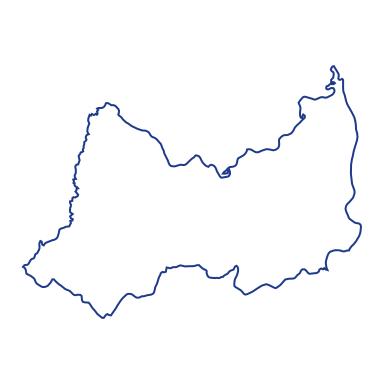 São Romão, Minas Gerais, Brazil (Robinson projection)
{"feature_id": "56859067B60763399870465", "entity_name": "São Romão", "entity_type": "district", "adm_level": 2, "iso_a3": "BRA", "parent_name": "Brazil", "parent_adm1": "Minas Gerais", "projection": "robinson", "projection_center": [-45.402, -16.354], "detail": "fine", "context": "isolated", "style": "outline", "palette": "blue", "viewbox_px": 384, "rotation_deg": 0, "n_neighbors": 0, "source": "geoboundaries", "source_scale": "gbopen_adm2", "svg_char_len": 5933}
<svg xmlns="http://www.w3.org/2000/svg" viewBox="0 0 384 384"><path d="M342.1,78.9L340.6,79.7L339.3,79.8L338.3,78.6L338.8,75.3L338.4,73.6L333.8,66.1L332.4,66.6L331.6,67.7L330.8,69.5L331.7,71.1L333.5,72.4L333.7,74.6L333.2,77.8L332.1,78.8L331.2,79.9L331.1,82.0L333.9,82.2L334.9,83.2L333.5,84.2L330.6,83.9L329.4,84.7L328.3,85.8L326.6,86.3L326.1,88.2L327.0,89.3L328.3,89.4L331.6,87.9L333.6,88.3L334.5,90.2L334.3,92.0L333.3,93.7L332.2,94.8L327.2,97.4L325.6,97.7L322.0,97.1L320.4,97.4L315.7,99.5L314.1,99.5L312.0,98.7L305.1,96.7L303.5,96.9L302.5,97.7L300.0,100.6L298.6,102.8L299.3,104.5L300.1,106.1L300.5,108.4L300.0,112.5L300.0,114.0L300.2,116.0L300.8,117.7L302.2,118.0L302.4,116.2L303.2,114.5L304.9,115.9L304.6,117.9L301.8,120.5L300.0,122.5L296.8,125.4L294.9,127.5L293.3,130.8L291.4,133.2L288.2,134.8L286.2,135.1L284.3,135.1L282.3,136.0L280.7,137.4L279.1,139.4L279.0,141.9L279.2,143.7L279.1,145.6L278.4,147.6L277.4,148.6L275.5,149.8L273.5,150.3L268.5,149.3L266.4,149.2L263.3,150.1L258.0,152.3L255.8,152.2L254.0,151.3L250.9,149.5L248.8,149.2L247.0,149.5L246.7,151.3L245.8,152.9L244.7,154.2L243.4,155.4L238.1,158.4L237.5,159.9L236.9,163.2L236.2,164.8L234.9,166.0L233.3,166.6L229.4,167.2L227.7,168.6L226.7,169.9L225.2,171.2L224.0,172.0L222.9,173.6L224.3,173.7L227.7,173.2L228.0,171.4L229.3,170.0L230.0,172.0L230.0,174.1L228.8,176.1L227.4,176.7L222.4,177.6L221.1,177.6L219.9,176.4L216.9,171.2L216.2,169.2L215.4,167.5L214.4,166.2L212.7,165.1L210.9,164.8L209.6,165.5L208.4,166.8L206.7,166.2L205.2,165.2L202.7,162.6L201.0,159.6L200.2,157.7L199.0,156.3L196.2,155.3L195.1,155.8L194.3,157.1L191.4,159.1L186.2,164.2L184.4,165.0L182.6,165.0L181.4,164.8L180.0,164.8L175.5,166.2L173.8,166.4L171.0,166.0L169.6,164.8L168.5,162.5L167.9,160.6L164.3,153.4L163.6,150.4L162.7,148.9L160.9,144.1L156.8,139.4L155.2,138.1L151.8,136.7L150.5,135.2L149.6,133.5L148.4,132.0L145.8,130.7L141.9,130.4L137.2,128.7L131.9,126.2L130.4,125.2L128.5,123.7L126.0,122.3L123.0,119.5L120.9,116.8L119.4,115.9L118.3,114.6L118.9,112.6L119.0,110.7L118.2,108.8L115.4,105.9L113.7,105.2L111.3,105.2L108.6,103.4L107.1,103.0L105.8,103.3L105.3,105.0L104.1,106.7L102.9,107.5L101.7,108.0L98.6,108.0L97.1,108.6L98.2,110.0L97.0,111.4L97.6,113.6L96.9,114.7L95.8,113.8L94.0,115.1L91.8,114.0L90.9,115.6L89.6,114.8L88.3,118.6L88.2,121.0L89.3,123.4L87.7,127.8L87.3,131.4L87.8,132.7L88.8,134.2L87.2,134.7L86.2,135.8L85.7,137.6L86.5,139.8L85.6,141.0L84.2,142.2L84.3,144.3L83.6,146.0L83.7,147.9L82.8,149.5L83.2,151.3L82.0,152.1L80.8,152.4L79.9,154.2L78.6,156.0L79.6,160.3L78.2,164.4L76.4,164.7L75.3,166.3L75.4,167.7L75.8,169.4L75.8,172.7L74.6,175.9L75.0,177.4L75.9,178.9L74.6,179.0L73.2,179.6L74.0,181.0L73.5,182.9L74.7,183.3L74.5,184.9L75.3,186.3L77.1,187.2L78.0,188.3L76.6,188.5L76.5,190.2L75.5,191.5L78.1,194.7L77.6,196.2L75.0,197.5L73.5,197.2L72.4,198.2L72.3,200.9L70.0,201.4L70.1,203.0L70.9,204.6L70.9,206.2L70.2,207.8L70.0,210.0L70.1,212.1L71.2,213.1L72.7,214.0L70.1,216.3L70.9,218.3L72.8,219.2L72.4,220.5L70.3,221.0L70.9,223.2L69.9,224.9L69.3,226.4L66.1,226.7L63.7,227.8L60.9,228.6L59.5,229.6L58.7,233.4L57.8,236.4L57.1,237.8L55.9,238.9L54.2,239.8L52.1,240.3L45.6,242.9L44.7,243.8L43.7,245.4L42.5,244.9L41.9,243.4L41.7,241.6L40.4,241.0L39.5,242.9L39.3,244.6L39.5,246.2L39.5,248.2L38.8,250.2L37.2,253.2L35.3,254.3L34.4,257.3L33.6,258.5L31.9,258.9L30.6,260.1L28.6,263.7L27.4,264.8L26.2,264.9L24.4,265.2L23.0,266.9L24.7,267.9L25.7,269.7L26.4,273.7L30.7,275.9L33.0,277.6L34.4,278.9L35.8,282.3L37.0,283.8L41.1,286.4L42.7,287.0L44.4,287.0L46.1,286.6L47.8,285.7L50.4,282.9L52.4,279.3L53.9,279.4L56.0,281.7L58.9,284.3L60.8,285.5L65.3,289.1L69.9,291.0L73.0,294.2L74.3,295.0L75.7,295.2L77.6,294.7L80.4,294.9L81.6,295.9L82.0,300.1L82.9,301.9L84.9,302.4L88.6,302.6L90.0,304.2L92.4,308.0L94.7,310.5L97.4,314.0L101.9,317.7L103.7,317.9L106.0,314.8L107.4,314.1L108.9,315.0L110.9,315.4L116.0,308.1L117.1,306.0L120.7,300.6L123.0,297.8L126.6,294.5L128.0,293.9L130.5,293.9L132.4,294.6L135.1,296.8L136.3,297.5L137.8,297.7L139.2,297.6L142.1,296.2L143.7,296.3L147.4,295.2L150.7,294.7L152.2,294.2L153.7,293.0L154.5,290.8L155.3,287.1L157.1,283.4L158.7,278.1L159.4,276.4L160.2,275.1L160.7,273.3L162.2,272.0L164.0,272.3L165.8,271.8L166.7,267.5L168.4,267.8L169.9,268.3L171.5,267.9L172.7,267.2L176.3,267.1L180.0,265.4L181.7,265.6L184.9,266.4L189.5,266.2L192.5,266.2L195.1,265.8L196.9,265.2L198.9,265.1L201.9,267.9L203.9,269.3L205.7,269.9L206.7,271.1L206.6,273.1L207.6,275.9L208.7,277.1L210.5,277.7L215.0,278.1L216.3,277.8L218.0,278.1L219.5,278.0L221.1,277.1L222.9,276.9L224.1,275.6L227.7,273.6L228.8,272.1L230.2,270.8L233.5,269.6L235.0,266.6L236.4,265.8L237.5,266.8L238.1,268.6L238.1,271.1L237.1,275.0L235.0,279.1L234.5,281.3L234.3,283.8L234.4,286.1L235.6,287.1L240.7,290.2L242.3,291.8L243.8,293.8L245.5,294.6L247.4,294.1L252.6,291.6L257.7,288.2L261.9,285.6L265.8,284.3L267.1,284.4L269.5,285.3L273.8,287.5L275.7,288.1L277.3,287.3L280.6,284.8L285.1,279.6L287.4,279.0L289.6,278.7L291.8,278.7L293.9,278.4L295.1,277.7L296.1,276.7L296.9,275.5L299.8,273.2L301.1,270.5L302.5,269.3L304.4,269.3L305.7,270.1L308.4,273.3L309.6,273.8L316.7,273.0L318.7,271.7L319.5,269.5L321.3,268.5L323.1,269.3L324.2,268.1L325.4,269.4L327.5,270.0L326.4,267.5L325.8,262.9L326.1,260.5L326.7,258.4L327.7,255.3L328.6,253.3L330.3,251.7L333.8,250.5L335.6,250.2L338.9,250.3L341.0,250.7L343.0,251.4L344.7,251.3L346.8,250.6L349.1,250.4L349.6,248.9L351.8,246.0L353.3,244.7L356.1,241.2L359.3,235.8L360.4,232.2L361.0,226.5L360.4,224.6L359.2,223.6L356.1,223.0L354.6,222.5L349.6,218.9L348.8,217.7L347.6,214.6L346.7,212.8L346.0,210.8L345.5,208.8L345.8,207.3L346.3,205.6L347.3,204.1L349.7,201.7L353.1,197.7L354.5,193.6L354.6,191.6L354.2,189.7L352.4,184.9L352.0,183.2L351.6,179.9L350.9,173.8L351.1,164.5L352.0,158.9L352.6,156.9L353.8,150.8L357.0,140.3L357.5,136.8L357.1,133.2L356.0,129.1L355.9,125.5L355.4,121.7L354.4,117.5L352.0,112.7L347.3,104.4L346.2,101.3L344.7,95.1L343.4,91.6L343.1,88.6L343.1,79.8L342.1,78.9Z" fill="none" stroke="#1e3a8a" stroke-width="2"/></svg>